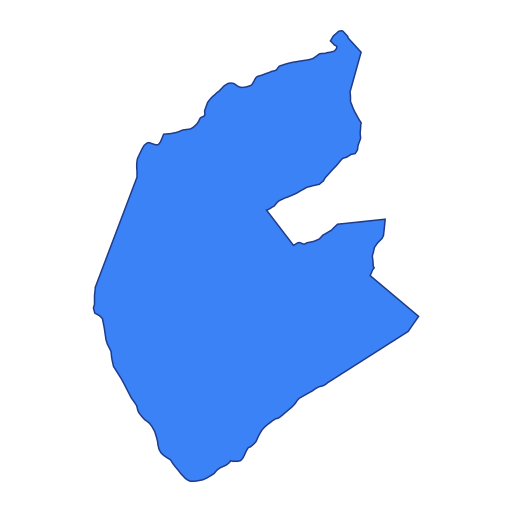 Balca, Choiseul, Saint Lucia
{"feature_id": "8701671B30970661206572", "entity_name": "Balca", "entity_type": "district", "adm_level": 2, "iso_a3": "LCA", "parent_name": "Saint Lucia", "parent_adm1": "Choiseul", "projection": "albers", "projection_center": [-61.023, 13.772], "detail": "fine", "context": "isolated", "style": "filled", "palette": "blue", "viewbox_px": 512, "rotation_deg": 0, "n_neighbors": 0, "source": "geoboundaries", "source_scale": "gbopen_adm2", "svg_char_len": 5052}
<svg xmlns="http://www.w3.org/2000/svg" viewBox="0 0 512 512"><path d="M347.8,36.5L344.7,33.1L343.3,31.6L342.8,31.1L341.5,30.7L340.6,30.9L339.6,31.1L338.6,31.3L337.6,32.2L336.6,33.2L335.5,34.1L334.6,34.9L333.5,35.8L332.7,37.0L331.7,38.8L331.2,39.7L330.4,40.9L332.9,43.4L334.2,44.8L335.0,45.3L335.8,45.7L336.7,46.3L336.8,47.1L336.6,48.1L336.3,48.7L335.4,50.0L334.7,50.7L333.9,51.3L332.8,51.6L332.0,51.7L331.0,52.1L329.5,52.3L326.8,52.7L325.6,53.3L324.4,53.4L323.0,53.4L322.1,53.5L320.6,53.6L319.4,53.9L318.6,54.4L317.0,55.7L315.7,56.6L314.6,57.4L313.1,58.4L312.1,58.8L311.0,59.1L308.4,59.8L305.8,60.2L301.8,60.8L299.1,61.2L296.4,61.7L293.9,62.1L293.1,62.2L290.9,62.7L288.8,63.2L286.5,63.8L284.8,64.3L282.8,65.0L282.1,65.2L280.1,65.8L279.3,66.2L278.3,67.3L277.9,67.9L277.0,69.2L276.2,70.0L275.0,70.6L273.6,71.0L272.1,71.2L269.8,72.2L268.3,72.8L266.6,73.3L265.1,73.9L262.8,74.8L260.8,75.5L259.3,75.9L257.5,76.4L256.2,77.4L255.6,78.2L254.7,79.7L254.1,81.0L253.3,82.3L252.6,83.5L252.0,84.5L250.9,85.4L250.1,85.7L247.9,86.4L247.1,86.7L245.8,87.0L243.3,87.4L241.6,87.4L240.3,87.2L239.0,86.8L238.0,86.3L237.1,85.8L235.9,84.9L235.0,84.2L233.7,83.5L232.1,83.2L230.9,83.1L230.2,83.1L228.5,83.3L227.6,83.7L225.8,84.8L224.5,85.6L223.2,86.7L222.1,88.0L221.1,89.0L220.3,89.8L219.3,90.9L218.5,91.5L217.0,92.6L214.7,94.8L212.5,96.6L211.5,97.7L210.4,98.8L209.7,99.8L208.6,101.0L207.5,102.7L206.9,104.4L206.4,105.7L205.9,107.2L205.4,108.6L204.7,110.5L204.6,111.4L204.7,112.3L204.8,113.3L204.8,115.3L203.8,116.2L202.4,116.9L201.4,117.2L200.3,118.0L199.5,119.4L199.2,120.2L198.5,121.5L197.6,122.9L196.7,124.1L195.6,125.2L194.4,126.3L193.3,127.2L192.3,127.9L190.6,128.8L189.4,129.2L187.8,129.3L186.4,129.5L185.0,129.7L182.8,130.0L181.5,130.5L180.6,130.9L179.0,131.6L177.1,132.2L175.3,132.7L174.1,132.9L172.2,133.3L170.7,133.6L168.6,133.8L167.1,133.9L164.8,134.1L163.5,134.3L163.4,134.8L162.2,137.8L161.0,140.6L160.3,142.2L159.1,143.7L158.2,144.6L157.0,144.9L155.0,144.6L151.0,143.3L149.8,142.8L148.9,142.7L148.0,142.7L146.7,143.3L145.3,144.4L143.9,145.7L143.1,147.2L141.9,149.2L140.8,151.6L139.7,153.8L138.7,156.0L138.0,157.3L137.3,159.3L137.1,160.5L136.9,162.2L136.8,163.0L136.7,165.1L136.7,166.8L136.8,169.0L136.9,170.2L137.0,170.6L137.0,177.2L95.2,287.5L95.2,289.7L94.5,295.2L94.5,304.5L93.4,307.9L94.8,313.1L99.5,315.7L102.4,318.6L104.2,327.5L106.0,339.8L107.4,344.2L111.0,351.3L111.6,357.1L112.2,360.6L113.5,366.4L118.4,374.1L121.2,378.6L123.8,383.3L127.5,390.5L131.0,397.4L132.5,399.6L134.7,402.6L136.5,405.4L137.1,407.3L137.7,410.1L138.7,412.4L141.7,416.4L144.7,419.7L146.9,421.2L149.5,423.3L152.0,426.6L154.8,431.7L156.6,437.6L157.6,441.7L157.9,444.5L158.8,448.4L159.4,450.1L161.3,453.2L163.7,455.4L167.0,457.7L170.5,459.8L172.8,463.5L174.5,465.8L178.3,470.3L180.8,473.6L185.5,478.6L188.3,480.4L190.5,481.3L196.0,481.1L202.8,479.8L206.6,478.1L211.2,475.4L214.1,473.5L215.7,471.6L216.3,470.9L217.2,469.9L220.0,467.9L226.2,465.1L228.0,463.7L230.2,461.7L230.7,460.7L232.7,461.3L235.1,461.3L237.6,461.3L240.4,460.7L241.8,459.4L243.1,457.7L244.3,455.3L246.4,450.7L247.8,448.3L248.7,447.4L250.4,446.9L251.3,446.2L253.9,443.9L256.0,441.6L257.3,438.7L259.0,435.0L262.0,429.9L264.4,427.3L267.4,424.6L271.0,422.0L272.0,421.1L275.4,418.9L278.4,418.1L279.5,417.4L282.4,415.1L284.8,413.0L287.1,411.1L288.0,410.3L291.7,407.2L294.5,404.3L295.4,403.2L297.3,400.3L299.2,398.3L302.0,396.7L308.7,392.9L312.4,390.9L314.0,389.7L316.7,387.9L318.7,386.9L319.9,386.5L322.7,385.9L324.2,385.2L326.0,384.1L327.7,382.6L329.2,381.7L408.2,331.4L412.1,325.7L418.6,316.4L370.1,275.6L371.4,272.9L372.2,270.7L373.0,269.3L374.2,267.9L373.3,266.4L372.9,260.6L372.3,256.0L373.6,251.3L374.4,247.5L377.5,243.0L382.1,238.4L383.5,235.4L384.2,229.1L384.6,225.2L385.2,219.2L337.6,224.2L333.7,227.8L331.7,230.0L325.6,233.6L322.8,235.2L319.3,239.0L315.9,240.5L313.7,241.4L307.0,242.8L304.1,244.3L299.6,242.5L297.8,242.8L293.5,245.4L266.5,210.1L267.4,209.9L268.0,209.6L269.7,208.7L270.5,208.3L271.6,207.5L272.3,207.0L273.4,206.5L274.1,206.1L274.6,205.6L275.1,205.0L275.9,203.9L277.2,202.4L278.6,201.1L279.7,200.5L280.7,199.9L282.3,199.3L283.9,198.4L285.7,197.7L287.7,197.1L290.4,195.9L291.7,195.4L293.0,194.8L294.0,194.4L295.4,193.7L297.0,193.0L298.3,192.1L299.4,191.6L300.5,190.8L301.4,190.3L301.9,190.1L303.3,189.3L304.7,188.6L306.0,187.7L307.2,187.2L308.6,186.8L309.9,186.6L312.4,185.8L319.3,184.3L322.9,181.3L323.5,180.9L323.9,179.9L324.7,178.6L325.5,177.4L327.7,175.0L332.0,170.2L336.7,165.3L340.3,160.9L341.8,159.2L342.6,158.5L344.0,157.9L345.1,157.7L346.3,157.3L347.2,156.9L348.7,155.9L350.2,155.0L351.2,154.3L355.1,153.6L355.9,152.4L356.6,151.4L357.5,149.7L357.7,148.3L357.8,146.7L358.3,144.7L360.5,138.7L360.6,137.6L360.4,136.1L360.2,134.3L360.2,132.4L360.4,130.2L360.7,126.9L360.7,124.8L361.2,123.2L360.6,121.8L359.6,120.5L358.3,118.3L356.8,115.5L355.6,113.3L354.4,111.1L353.6,109.4L352.7,107.3L352.2,105.9L351.5,104.1L350.8,102.4L350.5,101.4L350.5,99.9L350.5,98.0L350.5,97.0L350.4,95.3L350.3,94.0L350.0,92.0L361.1,52.2L348.0,37.9L347.8,36.5Z" fill="#3b82f6" stroke="#1e3a8a" stroke-width="1.5"/></svg>